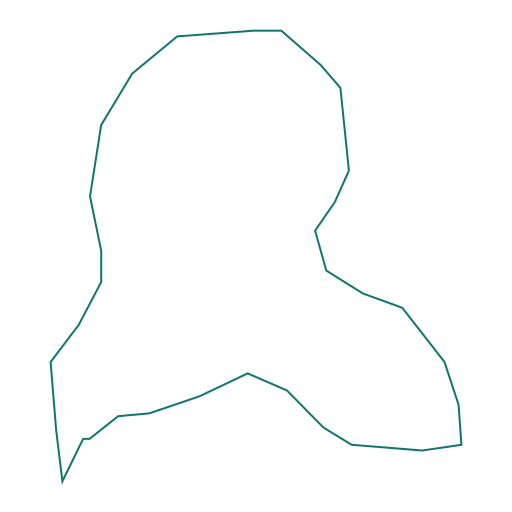 outline of Coyah
{"feature_id": "GIN-5631", "entity_name": "Coyah", "entity_type": "Prefecture", "adm_level": 1, "iso_a3": "GIN", "parent_name": "Guinea", "parent_adm1": "", "projection": "mercator", "projection_center": [-13.332, 9.762], "detail": "fine", "context": "isolated", "style": "outline", "palette": "teal", "viewbox_px": 512, "rotation_deg": 0, "n_neighbors": 0, "source": "natural_earth", "source_scale": "10m", "svg_char_len": 521}
<svg xmlns="http://www.w3.org/2000/svg" viewBox="0 0 512 512"><path d="M89.5,438.9L83.1,438.9L62.4,481.3L56.2,430.5L50.6,362.0L78.7,324.9L101.2,282.1L101.2,250.7L90.0,196.4L101.2,125.0L132.2,73.6L177.2,36.4L253.2,30.7L281.3,30.7L320.7,65.0L340.4,87.9L348.9,170.7L334.8,202.1L315.1,230.7L326.3,270.6L362.9,293.5L402.3,307.8L444.5,362.0L458.6,404.8L461.4,444.8L422.0,450.5L351.7,444.8L323.5,427.6L287.0,390.5L247.6,373.4L199.7,396.2L149.1,413.4L118.1,416.2L89.5,438.9Z" fill="none" stroke="#0f766e" stroke-width="2"/></svg>